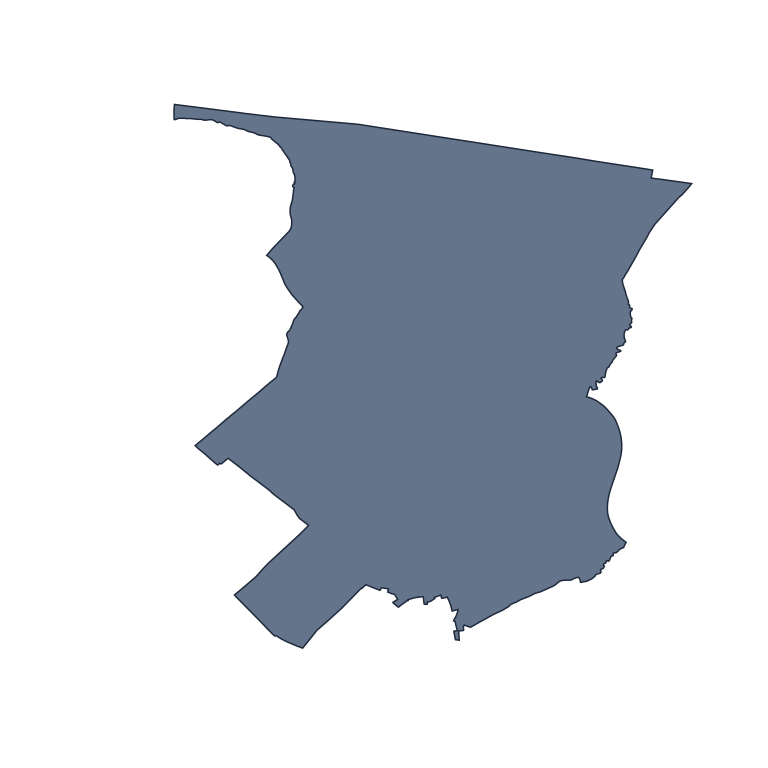 the district of Mueang Pathum Thani, Pathum Thani, Thailand, rotated 285°
{"feature_id": "78962969B64886483161753", "entity_name": "Mueang Pathum Thani", "entity_type": "district", "adm_level": 2, "iso_a3": "THA", "parent_name": "Thailand", "parent_adm1": "Pathum Thani", "projection": "robinson", "projection_center": [100.542, 14.005], "detail": "fine", "context": "isolated", "style": "filled", "palette": "slate", "viewbox_px": 768, "rotation_deg": 285, "n_neighbors": 0, "source": "geoboundaries", "source_scale": "gbopen_adm2", "svg_char_len": 6147}
<svg xmlns="http://www.w3.org/2000/svg" viewBox="0 0 768 768"><g transform="rotate(285 384 384)"><path d="M660.2,588.2L658.5,572.1L653.7,528.7L652.4,514.8L647.9,474.2L628.2,292.2L627.5,287.9L613.6,209.1L609.7,182.0L599.8,109.2L595.0,110.1L591.4,111.0L586.5,112.4L585.2,112.9L585.1,113.2L585.7,114.5L587.6,116.9L588.0,118.6L588.9,122.1L589.4,125.2L590.2,127.8L591.2,134.1L592.0,137.8L592.4,139.1L592.4,139.9L592.2,141.1L592.3,142.0L592.9,144.1L594.4,147.7L594.7,149.1L594.7,150.4L594.4,152.0L593.3,155.4L593.5,156.1L594.6,157.3L594.7,158.1L593.9,159.9L593.5,162.2L592.6,164.7L592.9,165.9L593.6,167.6L593.8,168.7L593.7,170.5L593.3,173.3L593.2,175.7L593.2,177.8L593.7,182.8L592.8,187.6L593.0,191.9L592.8,194.7L592.2,197.4L592.1,198.9L592.8,205.4L593.0,209.9L592.4,211.2L591.6,212.0L587.8,220.3L586.3,222.1L585.1,224.3L583.6,225.4L583.2,226.1L575.9,234.6L575.3,235.1L573.9,235.7L572.5,237.0L571.4,237.2L570.9,237.5L570.0,238.2L569.4,239.3L567.5,240.5L564.8,241.7L563.0,243.3L561.5,244.2L559.1,245.1L557.7,245.2L556.4,245.7L556.1,245.6L555.8,245.1L555.2,245.1L555.0,245.4L555.1,245.8L554.4,245.9L554.0,245.3L552.5,244.5L551.7,244.4L551.0,244.8L550.5,246.2L549.8,246.6L548.0,246.4L546.4,246.8L537.7,247.9L531.7,247.7L529.4,247.9L525.0,249.0L523.2,249.7L518.6,252.4L513.3,253.7L509.9,253.7L508.0,253.2L506.7,252.7L486.8,241.7L477.9,237.4L477.0,239.8L475.3,243.2L474.1,245.1L472.5,247.3L470.5,249.5L467.2,252.7L463.8,255.6L455.5,261.9L453.2,264.0L450.8,266.7L446.3,272.1L442.0,278.7L437.6,285.8L434.1,284.8L433.5,284.0L432.7,283.7L431.2,283.5L425.8,281.8L424.9,281.4L424.7,281.1L422.9,280.4L420.7,280.1L419.7,280.3L411.6,279.0L409.6,277.7L407.2,277.1L406.7,277.1L406.1,277.4L401.8,280.0L399.9,280.9L399.4,280.9L396.2,280.8L394.4,280.5L386.0,279.9L382.8,279.4L380.6,279.3L376.6,278.8L369.5,278.4L368.3,278.5L362.8,278.4L362.2,278.1L350.1,269.4L348.2,268.3L344.3,265.6L343.1,264.9L341.2,263.3L340.1,262.8L338.9,261.8L335.3,259.2L318.8,247.8L313.7,244.0L311.1,242.4L310.2,241.5L308.5,240.4L298.6,233.7L292.5,229.3L284.6,223.9L275.6,217.5L273.4,221.6L270.1,229.0L264.0,241.1L262.7,244.2L262.8,244.5L265.0,246.0L264.6,247.1L264.7,247.5L264.9,247.7L271.9,252.6L266.5,265.7L260.5,279.0L251.4,301.4L251.3,301.8L250.8,302.2L248.5,306.9L239.4,329.4L239.0,330.0L235.0,333.9L232.4,336.9L228.0,347.6L226.0,346.7L216.4,341.1L185.8,321.7L180.1,318.2L175.2,315.5L171.6,313.6L167.4,311.6L164.1,309.8L148.8,299.3L141.5,294.1L139.6,297.1L123.6,324.4L114.4,339.7L112.3,343.6L112.9,345.3L111.8,348.7L111.0,351.5L109.7,358.0L108.4,367.5L107.8,373.8L129.0,383.1L139.1,390.0L156.3,401.1L180.3,414.6L180.8,414.9L180.6,415.4L185.4,418.5L183.6,433.5L186.6,434.4L187.2,441.4L184.0,441.4L183.4,445.9L183.6,448.3L183.5,448.6L179.6,452.9L175.4,449.1L174.7,450.0L172.4,454.8L172.3,455.9L175.3,458.0L178.4,460.7L180.0,461.7L181.1,463.4L181.9,462.9L186.7,471.2L186.5,471.4L188.7,476.7L187.4,477.5L184.1,478.7L181.7,479.9L182.4,482.7L182.8,482.9L184.5,482.2L185.4,484.1L186.5,485.6L190.0,488.6L191.0,488.0L194.8,493.5L192.0,495.1L192.0,495.3L193.3,498.3L194.4,499.8L194.5,500.2L191.7,502.7L187.7,505.6L182.3,508.6L185.3,513.8L184.0,514.1L183.1,514.1L178.5,513.7L176.7,513.3L175.3,512.8L173.2,512.5L173.0,513.3L173.1,514.2L169.7,515.8L164.8,518.7L163.4,515.5L163.1,515.5L161.6,516.1L160.5,516.8L155.5,519.2L156.0,523.0L164.6,520.1L164.8,520.3L166.4,524.3L166.7,524.6L167.6,524.5L169.8,523.5L170.9,523.6L171.9,523.8L171.4,529.9L171.5,530.5L171.8,531.0L178.7,537.9L190.1,549.8L195.9,556.8L201.3,562.0L202.0,562.5L203.4,563.2L204.4,564.0L207.5,568.2L211.1,571.9L216.2,578.9L221.1,584.4L223.4,588.4L224.3,589.6L232.7,599.9L234.2,601.3L238.3,604.2L239.4,605.3L240.9,608.3L243.0,615.5L245.4,617.9L247.6,621.4L247.4,622.1L246.0,623.8L243.4,625.1L243.6,626.3L243.9,627.0L244.8,627.9L245.2,629.5L245.6,630.4L249.5,635.1L252.9,637.5L254.1,637.7L254.5,637.9L256.1,639.9L257.1,641.7L257.6,642.1L258.2,642.2L258.9,642.2L260.3,641.3L260.8,641.3L261.2,641.6L262.3,643.3L264.7,644.1L265.2,644.0L265.7,642.9L266.3,642.7L266.8,642.8L267.5,643.2L268.5,644.5L270.5,644.6L270.8,644.8L271.0,645.3L270.9,646.6L271.1,646.9L271.5,647.2L272.6,647.5L274.7,647.6L275.8,648.0L276.5,648.4L277.4,649.5L277.8,649.8L278.2,649.7L279.4,649.3L280.0,649.4L280.5,650.0L280.8,651.3L281.4,652.1L282.6,653.0L284.8,654.2L285.7,654.8L288.0,657.7L293.7,658.8L296.0,653.4L298.3,649.2L300.2,646.7L303.5,643.3L308.2,639.1L312.9,635.7L317.0,633.5L321.3,632.0L327.4,630.7L332.1,630.2L336.5,630.0L343.1,630.2L364.3,631.6L374.9,631.4L377.7,631.2L382.0,630.6L387.5,629.2L392.6,627.3L397.8,624.8L402.6,621.8L407.5,618.2L409.9,616.1L411.0,615.0L412.6,612.9L417.2,606.2L419.2,602.8L420.4,600.2L422.6,594.3L423.4,591.0L423.8,588.7L424.1,584.9L424.1,582.9L430.2,583.2L433.8,583.5L434.6,583.8L434.8,584.2L434.7,584.8L432.6,586.5L432.4,587.2L432.5,587.7L433.5,589.2L434.1,591.0L434.6,591.4L435.4,591.2L437.3,589.4L438.4,589.2L440.9,588.1L441.6,588.1L441.9,588.3L442.0,588.8L441.1,591.0L441.1,591.8L441.4,592.5L442.9,593.8L443.8,594.1L444.5,593.8L445.5,592.5L445.9,592.3L446.4,592.4L446.8,592.9L447.2,595.0L447.8,595.5L449.0,595.6L452.4,595.1L455.0,595.3L456.7,595.2L457.2,595.5L458.8,596.9L461.9,597.5L464.3,598.7L466.8,599.0L471.1,601.1L471.9,601.2L473.3,600.3L474.1,600.2L474.7,600.7L476.5,603.8L477.1,604.2L477.5,604.0L477.7,603.5L477.9,601.4L478.2,600.2L478.8,599.6L479.3,599.5L480.5,600.3L482.1,602.7L483.4,604.9L483.9,605.2L485.1,605.1L485.8,605.3L487.3,606.4L488.8,605.6L491.1,604.0L493.2,603.3L495.1,602.9L498.3,603.1L499.0,603.6L499.2,604.3L499.3,605.2L499.5,605.6L500.0,605.9L501.1,606.1L501.5,606.3L502.3,607.8L502.9,608.2L503.6,607.9L504.2,606.5L504.5,606.1L505.5,606.3L507.5,607.4L509.3,606.6L511.2,606.6L511.8,606.3L512.9,604.8L513.4,604.5L517.4,603.2L518.0,603.3L518.8,604.0L519.5,604.3L521.0,604.2L521.1,603.9L521.0,602.4L521.2,601.7L522.7,601.1L523.8,600.9L524.2,599.4L525.8,599.2L527.4,598.6L529.0,597.3L533.2,594.5L535.6,593.3L542.4,588.8L544.7,587.8L546.6,587.2L549.8,588.4L551.7,588.7L555.5,590.0L573.5,594.7L579.5,596.0L594.5,600.2L598.7,601.0L608.6,604.4L641.1,620.8L643.1,622.4L645.6,623.8L653.1,627.5L657.2,629.3L653.4,598.4L652.5,592.5L652.2,588.7L660.2,588.2Z" fill="#64748b" stroke="#1e293b" stroke-width="1.5"/></g></svg>